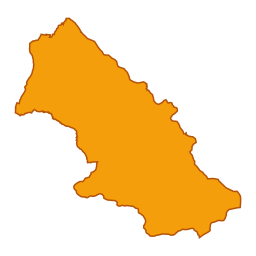 outline of Beriu, Hunedoara, Romania
{"feature_id": "2599482B96575439888844", "entity_name": "Beriu", "entity_type": "district", "adm_level": 2, "iso_a3": "ROU", "parent_name": "Romania", "parent_adm1": "Hunedoara", "projection": "orthographic", "projection_center": [23.248, 45.738], "detail": "fine", "context": "isolated", "style": "filled", "palette": "amber", "viewbox_px": 256, "rotation_deg": 0, "n_neighbors": 0, "source": "geoboundaries", "source_scale": "gbopen_adm2", "svg_char_len": 5708}
<svg xmlns="http://www.w3.org/2000/svg" viewBox="0 0 256 256"><path d="M199.4,237.6L203.4,234.7L207.8,232.3L210.1,230.6L210.0,227.5L210.5,224.5L211.5,222.7L214.0,222.2L218.4,220.4L221.3,220.7L223.7,220.5L225.0,218.6L226.4,214.8L226.3,213.0L227.3,211.1L229.2,209.5L237.3,207.8L240.2,207.5L240.6,202.5L240.6,197.4L239.9,195.0L237.1,191.3L233.7,191.5L226.0,187.8L218.9,180.9L218.1,179.4L213.2,178.5L207.7,178.8L206.5,176.3L204.5,174.7L202.6,172.2L200.2,170.9L197.1,166.8L194.5,164.1L194.7,161.2L193.8,160.2L192.2,155.3L190.7,153.5L189.8,151.9L191.8,150.0L192.1,146.3L193.4,144.2L196.1,142.5L195.9,140.7L195.5,139.7L195.4,138.7L194.0,137.8L193.8,137.5L192.5,136.7L191.3,136.7L188.0,135.9L187.5,135.3L186.7,134.9L186.3,135.1L185.8,134.4L186.3,133.0L186.2,132.8L185.1,133.8L184.1,133.6L183.7,133.7L182.9,131.1L180.1,127.6L179.5,125.6L178.8,124.3L178.6,123.5L177.5,122.4L177.0,121.5L174.5,121.1L172.9,121.2L171.0,119.6L170.6,118.2L170.7,117.5L171.4,116.8L172.6,114.9L174.4,113.8L177.2,111.2L177.4,109.9L177.1,108.6L176.5,107.7L174.4,107.2L173.8,106.7L173.6,106.1L172.5,105.0L172.2,104.1L172.1,103.5L171.6,102.8L170.2,102.5L168.1,103.0L167.0,101.7L166.8,100.9L166.3,100.1L165.8,99.8L164.0,100.5L162.4,102.4L158.7,104.4L157.9,104.0L157.1,104.0L155.9,103.2L153.9,101.0L153.7,100.3L153.7,99.3L153.4,98.6L153.4,97.8L152.4,94.6L151.3,93.6L150.5,93.1L149.5,91.6L148.9,91.2L149.0,90.6L148.7,90.3L147.8,90.0L147.1,90.3L146.9,89.4L146.3,88.7L146.9,88.3L147.0,87.4L146.8,86.8L146.5,86.4L146.7,86.2L147.0,86.2L146.9,85.7L146.7,84.9L146.3,84.6L146.8,84.0L144.7,82.4L143.1,81.8L142.4,82.2L137.4,83.1L135.9,82.4L134.3,82.2L130.6,80.2L129.5,78.8L129.2,76.7L128.6,75.6L128.5,74.9L128.2,74.2L127.5,73.2L127.5,72.6L125.0,69.9L124.7,69.2L123.1,68.3L120.9,67.7L118.3,66.6L117.7,65.8L116.5,61.2L114.6,59.5L112.0,58.2L108.6,55.2L104.8,55.0L103.6,54.4L103.3,54.0L102.3,51.9L100.7,50.4L98.1,47.2L95.3,42.6L94.6,41.7L94.0,41.2L87.6,38.6L86.8,38.0L85.3,36.2L83.1,34.3L81.3,32.1L80.7,32.1L80.7,31.2L79.6,29.2L77.6,26.2L76.8,25.3L74.9,22.7L73.4,21.7L72.3,20.6L71.3,20.1L69.8,18.9L69.5,18.4L66.2,18.4L66.0,18.9L65.9,20.5L65.4,20.5L64.1,22.1L63.9,22.5L63.6,23.6L63.4,22.8L61.5,23.3L62.1,24.5L58.6,25.5L58.4,25.7L58.0,27.9L56.7,28.6L56.5,29.9L54.9,31.8L54.8,32.3L54.4,33.2L54.4,34.0L54.3,34.4L54.1,34.6L53.1,34.2L52.6,34.3L52.1,36.2L51.7,36.9L50.3,37.3L49.5,37.3L50.1,36.1L50.4,34.9L46.2,34.4L46.3,35.1L45.6,35.1L41.2,34.3L41.1,35.0L40.7,35.5L39.9,37.2L39.2,38.0L38.4,39.6L37.8,40.2L35.9,40.3L34.5,41.0L33.1,40.9L29.8,43.4L29.7,45.3L29.9,45.9L29.5,48.5L29.8,51.5L30.5,53.3L31.3,53.9L32.3,55.8L33.0,58.5L33.4,60.6L33.3,62.6L33.8,64.1L33.4,68.0L33.2,69.3L32.6,70.5L32.1,73.0L31.6,74.2L30.2,76.8L29.2,77.8L28.1,79.7L27.3,80.8L27.1,81.7L26.7,82.0L26.6,82.8L26.9,83.8L26.7,84.7L25.8,85.9L24.9,86.7L24.8,87.7L25.5,88.8L25.5,89.6L24.6,91.9L21.3,96.9L20.6,99.3L20.0,99.8L19.5,101.7L19.3,103.6L18.5,103.5L17.1,102.8L16.8,103.0L15.5,107.3L15.9,108.1L15.5,108.8L15.6,109.6L15.5,112.1L15.4,112.8L17.5,113.7L17.9,114.1L19.4,115.0L20.2,115.7L20.9,115.2L21.2,114.7L21.4,114.9L21.8,114.7L22.2,114.7L22.7,114.9L24.0,114.7L25.0,113.4L25.5,113.6L28.4,112.5L30.1,112.4L30.8,112.8L31.7,112.9L32.3,111.5L32.8,111.2L33.8,110.0L34.5,109.5L36.6,111.1L38.2,111.6L40.2,111.7L42.8,111.0L43.1,111.3L43.2,112.3L44.4,112.4L44.5,111.8L47.1,112.2L48.1,112.1L48.3,112.5L48.4,112.4L48.5,112.9L48.9,112.9L49.2,113.2L49.7,112.9L50.1,113.4L50.5,113.4L50.6,113.7L50.9,113.6L51.1,114.0L51.6,114.2L51.9,114.7L51.8,115.1L51.9,115.6L52.4,116.7L52.7,116.7L52.8,117.3L52.7,117.8L53.0,117.9L52.8,118.3L53.0,118.3L53.3,119.0L54.4,119.2L54.8,119.5L55.5,119.2L56.7,120.3L57.0,120.2L57.4,120.6L58.4,120.9L58.4,121.2L58.9,121.2L59.4,121.6L59.5,121.8L60.1,122.3L60.1,122.6L60.5,122.5L60.5,122.9L61.4,123.4L61.3,123.6L61.5,123.8L61.7,123.7L62.0,124.1L63.9,124.7L64.3,125.2L65.9,126.1L68.5,126.3L71.4,127.7L72.1,127.7L74.7,129.1L75.4,130.1L76.4,130.8L76.6,131.2L76.5,132.3L76.8,133.0L76.3,133.4L76.3,133.8L77.2,135.4L76.9,136.2L77.0,136.7L77.1,136.8L76.7,136.9L76.2,137.7L76.8,138.3L77.0,139.0L76.3,140.1L76.6,140.2L76.7,140.6L77.2,141.1L76.9,141.9L76.6,143.4L77.2,145.9L77.8,146.9L78.8,147.6L79.9,148.9L81.5,149.5L82.7,151.4L84.7,153.2L86.6,156.9L86.7,157.5L86.0,157.4L86.7,157.6L86.8,158.8L87.6,160.6L87.3,161.8L87.6,162.7L89.2,162.4L89.9,162.6L91.3,162.5L91.5,162.1L92.7,162.0L97.5,161.9L96.8,163.3L96.6,164.7L96.7,166.5L96.3,167.5L96.0,169.2L95.5,170.1L93.9,171.4L93.1,172.0L92.5,172.0L91.1,172.6L91.0,172.9L91.0,173.8L90.9,174.3L90.0,175.5L89.3,177.1L85.5,178.2L84.9,178.6L84.4,179.9L82.8,181.6L81.2,181.4L79.7,181.6L76.5,183.4L74.4,185.3L73.8,186.5L74.0,188.1L74.6,189.4L76.0,190.4L76.6,192.8L77.4,194.0L78.8,195.1L80.0,195.8L80.5,196.4L83.0,197.0L85.1,196.9L86.2,197.7L87.6,197.6L89.7,196.2L90.5,195.9L92.9,196.3L94.0,196.2L95.9,195.6L98.6,194.1L100.0,193.8L100.7,193.8L102.3,194.5L103.3,195.7L103.7,196.4L104.0,198.3L107.5,200.0L114.9,200.6L115.7,201.0L117.0,202.1L117.3,202.7L117.1,204.1L116.9,204.8L117.0,205.0L118.6,206.0L120.0,206.1L121.5,205.5L122.8,205.3L123.8,205.8L125.7,205.9L126.7,205.5L131.0,206.1L132.0,206.1L133.6,206.6L135.8,208.3L137.6,208.5L138.0,208.8L138.4,209.8L138.4,212.1L138.6,212.7L139.5,213.4L140.6,213.7L141.5,214.6L143.1,215.7L145.4,219.6L145.6,220.8L145.6,222.0L144.8,224.2L143.8,225.6L143.7,227.8L144.1,228.4L145.0,229.1L145.8,230.2L146.0,232.2L146.4,232.7L147.0,233.4L148.7,234.3L149.8,235.8L150.3,236.0L152.1,236.2L155.0,236.0L156.1,235.3L158.7,235.0L162.4,234.0L168.5,234.2L169.3,234.4L170.8,235.2L173.3,235.0L174.5,234.4L178.3,231.1L180.3,230.6L182.4,229.3L185.5,229.6L188.1,229.3L190.0,228.6L191.0,228.6L192.3,228.3L193.6,228.8L194.0,229.3L194.3,230.2L197.2,232.0L197.9,234.7L199.2,235.6L199.4,237.6Z" fill="#f59e0b" stroke="#b45309" stroke-width="1.5"/></svg>